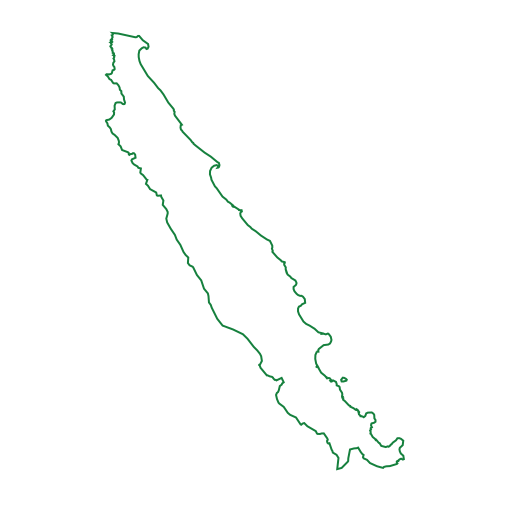 Pesisir Barat, Lampung, Indonesia (Albers equal-area conic projection), rotated 191°
{"feature_id": "22746128B87029922352837", "entity_name": "Pesisir Barat", "entity_type": "district", "adm_level": 2, "iso_a3": "IDN", "parent_name": "Indonesia", "parent_adm1": "Lampung", "projection": "albers", "projection_center": [104.225, -5.409], "detail": "fine", "context": "isolated", "style": "outline", "palette": "green", "viewbox_px": 512, "rotation_deg": 191, "n_neighbors": 0, "source": "geoboundaries", "source_scale": "gbopen_adm2", "svg_char_len": 6055}
<svg xmlns="http://www.w3.org/2000/svg" viewBox="0 0 512 512"><g transform="rotate(191 256 256)"><path d="M72.1,84.8L73.3,88.1L76.1,89.7L77.5,91.6L78.3,93.6L78.2,95.2L75.9,98.3L76.2,102.8L78.8,104.2L80.4,104.5L82.4,104.1L83.4,101.8L86.1,98.9L87.1,96.9L87.8,96.5L88.1,95.5L89.4,94.1L90.3,94.3L92.2,93.2L96.8,93.5L99.0,95.9L99.8,96.0L103.0,98.6L103.4,98.2L104.3,99.2L106.9,100.6L109.2,103.3L109.8,103.5L109.8,105.1L110.7,106.5L110.0,107.5L110.5,108.2L110.5,109.1L109.5,110.0L110.7,111.5L110.8,113.0L110.6,113.7L108.2,114.9L107.1,116.1L107.4,117.8L108.8,119.2L109.6,122.5L110.6,123.6L112.5,124.5L116.3,123.6L117.8,122.5L118.2,119.8L119.5,118.3L120.8,118.8L122.5,118.7L122.4,119.0L124.4,119.9L124.7,119.4L124.6,120.2L125.5,122.0L125.0,121.9L124.9,122.4L127.0,124.4L127.9,124.7L127.9,124.0L128.8,124.0L131.2,125.2L134.7,126.1L134.9,126.8L136.3,127.1L141.0,130.5L143.1,131.6L143.2,133.1L144.3,133.4L144.0,134.5L144.8,134.8L144.9,136.8L145.5,138.2L148.1,140.9L148.9,143.3L149.8,144.0L152.1,144.4L152.4,145.8L153.5,147.7L156.7,148.6L157.5,147.4L158.3,147.0L159.3,147.7L158.7,148.2L158.7,148.7L160.4,150.1L161.8,150.0L162.9,149.4L163.4,149.8L163.7,150.6L164.3,150.6L165.5,151.6L169.8,153.9L174.0,158.8L174.7,158.8L175.1,159.2L175.7,157.9L175.3,159.3L174.3,159.4L176.4,161.8L178.2,166.3L178.8,170.2L178.0,173.8L178.4,173.8L176.5,174.0L176.9,175.7L176.6,176.7L172.6,181.4L168.1,182.9L166.7,184.2L166.0,186.4L165.9,188.0L167.2,191.0L169.5,193.1L170.6,193.6L172.5,192.4L174.8,192.6L176.3,192.2L176.0,192.8L180.2,193.0L184.5,195.7L190.1,197.9L193.8,198.9L196.9,200.7L202.6,206.9L204.2,209.7L204.7,212.5L204.2,214.5L202.5,215.7L201.6,217.4L198.8,219.4L199.9,223.0L202.1,225.0L203.7,225.6L205.1,225.3L207.2,225.7L208.9,226.6L211.5,228.7L212.8,230.7L213.2,232.8L211.3,235.2L211.0,236.7L211.3,237.7L212.7,239.5L217.1,241.1L218.4,242.3L221.4,243.8L222.7,245.3L222.9,245.7L222.5,245.5L224.4,248.8L224.6,250.5L226.6,252.7L226.9,253.9L226.4,254.8L226.6,255.4L229.8,255.6L230.6,256.4L234.9,258.7L240.7,263.2L240.5,264.2L241.8,266.3L241.6,267.5L242.0,269.3L245.2,273.5L248.4,274.3L255.0,277.0L261.1,280.3L265.4,282.0L267.0,283.3L270.0,284.8L276.8,290.4L278.8,292.5L279.6,294.8L279.3,296.1L278.4,297.0L278.9,298.2L281.2,297.8L282.2,297.8L281.0,298.0L286.5,300.2L288.1,300.4L287.8,300.0L288.0,300.0L288.5,300.4L287.7,300.8L287.9,301.1L292.1,303.4L293.9,303.9L295.9,305.7L300.2,307.9L307.6,315.1L309.6,316.5L314.3,322.4L315.0,324.3L316.8,327.4L317.3,330.7L316.4,334.2L314.4,336.6L312.0,337.7L310.9,337.4L310.0,336.5L310.5,335.4L309.8,335.7L309.3,336.5L309.2,338.3L310.3,340.4L311.6,340.7L319.3,344.9L326.2,347.7L336.5,353.0L338.8,354.3L339.2,355.1L340.2,355.4L342.3,357.4L351.9,364.1L352.4,364.9L353.8,365.8L354.6,367.6L354.8,370.0L353.8,370.7L362.3,378.3L363.3,379.9L363.4,382.0L364.4,382.9L364.5,383.9L365.1,384.7L371.4,389.9L377.6,396.9L381.4,400.4L384.1,402.1L389.0,406.5L396.6,412.1L405.8,422.3L407.6,425.2L409.1,428.9L409.7,431.7L409.7,435.4L407.8,438.1L406.2,439.4L404.2,439.5L403.0,438.3L402.0,438.8L401.4,440.9L402.4,443.5L408.3,446.2L412.7,449.7L413.8,449.5L414.9,448.1L416.1,447.7L433.7,448.1L439.6,447.5L438.7,446.9L439.0,445.5L439.7,445.1L438.5,443.6L438.9,442.2L438.5,441.3L438.7,440.7L439.6,440.7L439.9,440.1L439.7,439.5L438.5,439.1L439.5,438.0L438.5,437.9L439.0,437.2L438.0,436.0L439.0,434.1L438.5,433.5L437.2,432.7L437.3,432.0L436.5,431.8L436.4,430.2L435.8,429.9L435.4,428.0L434.4,428.0L434.1,427.7L433.8,426.7L434.5,425.9L433.1,425.4L433.4,424.8L433.1,423.8L433.6,422.7L432.9,422.0L432.1,420.1L432.9,418.5L432.9,416.5L432.2,415.4L431.1,414.5L430.4,412.5L430.7,411.8L432.2,410.9L432.4,408.1L432.8,407.3L434.6,406.3L437.4,405.9L437.8,405.2L435.6,403.9L433.6,401.7L431.8,401.2L429.4,398.7L428.4,398.3L425.7,398.9L423.6,397.3L422.1,395.4L421.3,393.2L419.7,392.2L419.1,389.8L416.2,387.2L415.4,384.4L413.8,381.5L414.1,380.1L414.8,379.8L415.9,379.8L417.5,380.8L418.6,380.9L421.8,380.2L423.0,379.4L423.5,376.6L422.6,372.9L423.6,370.8L422.7,369.9L422.4,367.8L424.1,364.0L426.1,361.9L428.8,360.8L429.1,360.1L428.8,359.5L427.2,357.9L426.3,355.7L424.1,354.3L422.7,352.9L421.6,350.5L420.2,348.9L417.9,347.9L414.3,345.5L412.5,342.6L412.1,340.9L412.4,339.5L409.8,337.8L407.7,334.5L401.4,333.4L400.7,333.0L400.2,331.4L399.6,331.1L398.7,332.1L397.1,332.6L396.5,333.4L395.5,333.6L394.0,332.5L393.0,329.5L396.2,327.2L396.5,325.9L394.9,323.7L393.2,322.6L389.4,321.3L388.3,320.1L385.7,320.0L385.5,315.9L384.9,315.1L382.2,313.8L377.7,309.9L377.2,309.9L377.8,305.8L375.5,304.4L372.7,301.4L366.1,299.3L364.9,296.6L363.9,296.4L360.8,297.3L360.3,296.0L357.5,292.8L357.3,288.4L353.0,284.9L351.1,282.4L350.8,280.8L351.2,275.6L349.6,272.0L344.9,266.5L339.6,261.2L337.0,257.0L332.4,252.5L327.9,246.1L325.3,243.6L322.2,241.6L321.5,236.1L319.4,234.2L316.2,233.4L315.5,232.9L310.4,226.1L305.1,221.6L300.8,214.0L296.1,210.1L295.0,207.6L293.3,201.4L291.1,199.4L289.6,196.8L282.1,187.0L275.5,181.3L264.5,179.5L253.9,176.7L248.6,173.2L240.9,166.4L236.8,163.6L233.4,160.7L231.8,158.6L230.2,154.1L231.4,150.1L232.8,149.5L231.6,149.5L230.2,147.1L222.6,140.9L222.1,141.1L219.7,140.5L217.2,140.4L216.1,139.8L215.7,139.2L214.0,138.0L212.8,138.2L212.2,137.8L207.6,141.2L204.7,137.3L206.0,135.9L206.2,134.7L207.8,132.9L208.0,128.6L208.4,126.7L209.4,125.5L209.8,123.4L208.1,119.6L205.9,116.3L205.0,115.6L200.0,113.2L194.9,108.1L192.2,106.6L185.9,105.1L180.1,99.2L179.4,99.0L178.3,100.4L176.8,101.2L173.1,98.7L163.9,95.5L162.3,93.4L161.7,93.1L159.2,93.5L157.8,94.3L155.6,94.8L151.2,90.5L150.5,89.3L151.0,88.0L150.3,86.4L149.2,85.7L148.2,86.2L144.8,80.3L143.8,79.2L143.1,77.7L139.0,76.2L136.5,73.5L135.6,62.3L131.5,64.3L126.7,71.5L126.4,72.3L126.8,75.1L126.8,84.0L123.1,85.8L120.3,86.6L119.2,87.4L115.8,83.6L114.0,82.0L112.4,81.2L112.6,78.9L111.7,77.9L108.2,77.1L104.6,74.5L97.1,72.7L93.3,72.4L90.8,72.3L90.1,73.4L88.0,74.4L84.5,75.3L78.1,78.7L77.6,79.4L78.4,80.2L78.6,81.1L78.1,81.8L77.1,81.9L77.0,82.8L76.3,83.7L74.9,84.7L73.0,84.2L72.1,84.8ZM147.6,153.1L148.8,150.7L148.0,149.2L146.2,149.5L143.5,150.9L143.3,151.9L144.3,152.6L146.2,153.2L147.6,153.1Z" fill="none" stroke="#15803d" stroke-width="2"/></g></svg>